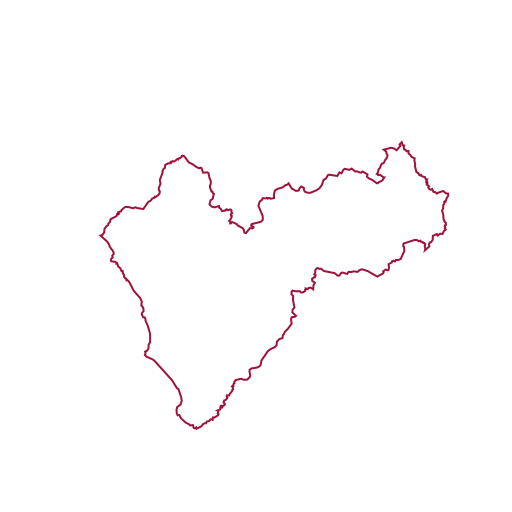 the district of Garut, Jawa Barat, Indonesia, rotated 35°
{"feature_id": "22746128B66421464971893", "entity_name": "Garut", "entity_type": "district", "adm_level": 2, "iso_a3": "IDN", "parent_name": "Indonesia", "parent_adm1": "Jawa Barat", "projection": "robinson", "projection_center": [107.848, -7.343], "detail": "fine", "context": "isolated", "style": "outline", "palette": "rose", "viewbox_px": 512, "rotation_deg": 35, "n_neighbors": 0, "source": "geoboundaries", "source_scale": "gbopen_adm2", "svg_char_len": 6119}
<svg xmlns="http://www.w3.org/2000/svg" viewBox="0 0 512 512"><g transform="rotate(35 256 256)"><path d="M229.1,213.4L238.5,219.4L240.8,222.4L240.4,225.2L234.2,232.3L234.6,233.9L237.3,233.7L237.7,234.2L237.3,235.3L235.1,236.6L234.6,243.0L233.0,243.5L230.9,241.5L229.1,240.8L223.3,241.5L222.1,240.9L217.5,241.7L216.6,242.3L216.8,243.5L216.2,244.1L215.2,242.8L213.8,242.6L214.2,240.8L213.9,238.8L213.2,237.1L212.4,237.3L211.4,236.3L211.9,234.5L210.5,234.0L209.9,232.8L209.0,232.4L207.9,232.8L206.8,234.6L205.1,234.6L204.6,235.8L204.9,236.3L202.3,238.7L200.1,237.6L198.1,237.5L197.0,236.3L194.1,240.0L191.1,241.0L188.3,240.4L186.8,236.6L187.7,234.0L185.9,229.3L184.9,229.4L183.3,228.2L182.6,228.7L179.2,226.5L178.0,225.0L177.7,223.1L175.9,220.4L173.3,218.9L169.5,215.3L168.2,215.4L164.9,218.1L160.8,215.2L160.1,215.3L159.1,216.7L156.5,217.3L151.5,217.2L147.3,217.9L139.9,215.4L138.5,215.7L137.9,216.5L138.3,217.0L137.7,219.3L136.9,220.0L136.9,221.5L136.1,221.5L134.7,225.6L133.0,226.3L133.1,227.8L132.3,228.0L132.8,229.1L130.8,230.6L129.4,233.4L130.8,236.1L130.3,238.0L131.0,240.8L131.7,241.3L133.6,248.9L136.3,251.6L137.4,256.2L138.7,257.7L140.4,258.5L141.1,260.3L141.0,262.2L139.8,265.5L139.1,265.5L139.2,266.8L138.0,268.4L138.0,271.1L136.7,273.5L136.8,282.1L131.2,284.9L129.3,285.2L127.9,287.4L123.1,289.2L121.1,290.5L120.3,291.9L119.5,295.6L119.9,296.7L118.1,299.1L119.5,299.8L119.3,300.9L118.2,301.0L118.8,303.5L115.8,309.2L116.9,312.2L116.4,314.0L117.2,315.5L116.4,317.3L116.3,320.7L118.1,323.7L118.1,327.0L116.9,328.4L125.9,329.6L129.5,331.1L130.4,332.1L136.8,334.3L138.2,335.8L138.1,338.2L139.5,339.5L139.0,340.9L139.5,342.7L140.5,343.3L143.9,341.6L145.4,341.4L146.0,342.4L146.6,341.7L149.1,343.6L152.0,343.9L154.5,345.5L155.3,344.7L157.0,346.6L159.0,347.3L159.9,348.8L161.7,349.4L162.6,349.0L163.8,350.1L164.1,349.4L166.8,349.9L176.0,354.7L184.7,356.7L188.4,358.6L190.4,362.2L193.2,363.0L195.5,365.5L195.3,368.4L196.1,369.5L198.8,370.9L200.0,370.1L201.8,371.2L202.8,372.5L207.5,375.3L213.3,380.0L215.2,382.3L218.8,387.5L218.9,390.3L220.9,393.2L221.1,396.1L220.0,397.9L221.2,398.9L221.8,400.9L224.2,401.2L231.2,399.9L233.6,400.2L258.7,406.0L267.2,409.7L268.6,409.4L275.5,414.4L278.3,417.3L279.4,421.0L278.1,424.8L279.1,427.6L281.6,430.6L283.2,431.4L284.4,430.3L287.9,432.0L293.9,432.8L298.0,432.2L299.2,432.6L301.3,430.7L303.7,432.6L305.0,432.0L305.3,430.8L306.4,431.6L308.9,426.9L309.1,423.9L310.1,422.2L310.9,421.8L310.7,419.8L312.3,418.0L312.3,416.4L312.8,415.5L314.5,415.1L313.3,412.9L314.7,411.9L316.1,408.7L316.0,407.0L315.1,406.9L313.9,404.4L313.1,404.6L314.7,402.2L313.1,399.2L313.8,398.9L314.3,400.0L315.0,399.8L315.0,398.9L314.1,398.1L315.4,397.1L315.7,396.0L315.4,395.0L313.6,394.7L313.0,393.6L312.8,392.6L313.6,391.7L314.0,389.4L313.7,388.3L312.7,388.1L312.1,386.9L314.0,385.6L313.6,384.2L313.9,380.3L313.4,379.3L313.7,378.4L312.4,377.3L312.3,376.2L311.2,376.4L311.7,374.9L311.0,374.0L311.3,372.6L310.5,372.0L310.5,369.3L314.1,365.2L316.9,364.4L319.8,362.2L320.3,358.4L319.7,357.0L316.9,354.4L316.1,352.8L316.8,350.7L320.8,346.8L322.1,344.5L322.3,342.7L320.4,338.4L320.3,327.0L321.4,323.7L323.6,320.0L324.0,317.3L322.2,314.1L322.8,310.5L324.8,308.2L323.4,305.5L323.7,304.2L323.1,301.7L323.9,297.1L324.0,291.1L321.0,287.7L320.3,285.7L322.7,283.5L323.1,282.1L318.1,281.4L316.7,278.8L317.1,276.2L311.6,270.9L309.5,267.6L306.8,266.8L305.6,264.7L305.8,263.4L309.2,261.9L312.0,259.7L313.4,260.1L315.0,259.4L316.3,256.6L315.6,255.5L316.1,254.7L315.4,254.1L317.4,253.4L317.3,252.2L318.8,250.6L322.0,250.5L319.8,246.9L319.6,244.1L316.5,244.2L315.0,242.5L315.9,239.8L316.4,239.7L316.2,238.2L315.7,237.4L314.4,237.7L314.0,235.5L312.8,234.0L312.7,231.9L313.4,230.5L315.3,230.2L316.4,229.1L320.4,229.3L330.3,224.9L334.0,225.3L335.0,224.8L335.5,224.0L335.5,221.1L336.2,220.0L340.9,218.4L341.0,215.9L343.1,214.6L345.0,212.4L348.4,210.7L348.9,208.3L350.4,206.1L356.1,204.3L367.1,203.3L370.0,197.5L369.9,196.2L369.0,195.6L370.0,192.7L372.0,192.3L372.5,191.6L371.9,189.6L369.3,186.7L371.0,183.3L370.5,182.2L371.5,180.9L372.9,180.8L372.9,178.8L374.8,177.8L376.2,175.5L374.7,166.9L372.0,163.6L370.8,163.4L369.7,161.2L376.7,151.9L379.0,150.5L380.7,150.6L381.9,149.1L382.9,149.8L384.7,148.9L385.6,149.5L386.3,148.8L387.7,149.0L388.6,151.3L390.4,152.7L391.1,154.4L392.5,148.8L390.9,147.0L390.5,145.3L391.5,144.3L391.5,141.5L389.3,138.0L391.5,134.3L393.0,135.1L394.1,132.1L396.2,130.8L395.6,127.9L396.2,125.6L395.1,125.4L394.6,124.0L393.6,123.6L393.2,122.6L393.7,121.5L392.4,119.9L391.2,119.9L388.2,118.0L385.9,114.9L382.3,112.0L382.1,109.8L380.0,106.5L380.3,105.5L379.6,104.2L380.0,103.3L379.2,103.2L379.8,101.5L379.0,99.5L378.9,96.4L377.5,94.7L375.7,95.7L372.0,95.4L368.7,100.0L368.4,101.1L366.0,100.9L364.6,101.7L361.9,100.1L361.3,101.4L359.8,101.8L357.8,101.0L357.7,99.7L355.0,99.6L355.1,98.6L354.4,97.8L353.8,98.4L353.0,97.8L353.5,96.9L352.4,96.2L352.2,95.2L351.2,95.9L349.3,94.5L346.1,95.5L344.6,94.9L344.3,95.8L343.1,96.0L341.8,95.0L339.4,95.3L334.6,91.2L333.9,89.7L330.8,86.7L330.0,85.0L326.7,85.7L324.8,84.8L322.1,84.5L320.7,82.5L319.2,83.9L317.5,83.3L316.2,83.7L314.4,82.1L314.1,80.5L312.4,80.9L310.1,79.2L309.6,82.3L311.1,83.0L310.5,88.7L307.3,88.8L304.7,89.7L299.7,95.6L302.8,95.8L304.1,97.2L305.8,97.8L306.8,100.0L306.8,104.2L307.3,105.8L306.9,107.5L306.1,108.1L306.2,109.8L307.0,112.8L306.7,114.6L308.0,117.9L307.9,119.5L309.1,119.2L309.6,119.7L311.5,118.3L315.2,118.5L316.0,118.0L316.2,121.5L314.0,125.7L314.1,126.5L313.2,127.1L307.2,127.0L304.4,127.7L301.4,127.4L300.5,125.2L294.7,125.7L294.3,127.4L293.4,128.0L290.4,128.6L288.8,129.9L284.2,129.5L283.0,131.9L278.6,133.7L278.1,135.3L278.6,139.2L276.4,139.7L276.7,143.8L269.2,147.5L268.5,148.7L268.9,152.3L267.7,154.9L269.2,159.8L269.1,164.1L267.7,167.7L264.3,173.0L262.0,174.6L259.0,175.3L256.8,173.9L256.1,172.7L253.2,173.1L252.7,175.7L253.4,177.1L253.2,178.2L251.3,179.8L246.6,180.2L241.0,177.8L240.8,179.6L239.6,180.8L238.4,184.6L235.2,188.6L233.9,191.5L235.3,195.2L237.6,198.2L235.0,200.8L234.1,200.6L232.9,201.4L232.7,202.3L231.5,202.2L231.0,203.2L228.3,204.8L228.8,206.3L227.8,209.2L229.1,213.4Z" fill="none" stroke="#9f1239" stroke-width="2"/></g></svg>